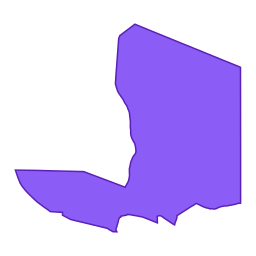 General San Martín, La Rioja, Argentina
{"feature_id": "61730980B53159304456053", "entity_name": "General San Martín", "entity_type": "district", "adm_level": 2, "iso_a3": "ARG", "parent_name": "Argentina", "parent_adm1": "La Rioja", "projection": "natural_earth1", "projection_center": [-66.186, -31.6], "detail": "fine", "context": "isolated", "style": "filled", "palette": "violet", "viewbox_px": 256, "rotation_deg": 0, "n_neighbors": 0, "source": "geoboundaries", "source_scale": "gbopen_adm2", "svg_char_len": 3710}
<svg xmlns="http://www.w3.org/2000/svg" viewBox="0 0 256 256"><path d="M134.9,24.2L119.8,35.6L118.7,38.6L116.1,73.2L115.4,83.8L115.7,84.9L116.0,85.9L116.3,87.0L116.6,88.0L117.0,89.1L117.3,90.2L117.7,91.2L118.2,92.2L118.7,93.1L119.4,94.1L120.0,95.0L120.6,95.9L121.2,96.8L121.9,97.7L122.5,98.6L123.1,99.5L123.6,100.5L124.1,101.5L124.6,102.5L125.1,103.4L125.8,104.3L126.4,105.2L126.9,106.2L127.4,107.2L127.7,108.2L128.1,109.3L128.5,110.3L129.0,111.3L129.3,112.4L129.5,113.5L129.6,114.6L129.7,115.7L129.8,116.8L130.0,117.9L130.1,119.0L130.2,120.1L130.4,121.2L130.4,122.3L130.4,123.5L130.4,124.6L130.3,125.7L130.3,126.8L130.4,127.9L130.5,129.0L130.7,130.1L130.7,131.2L130.6,132.4L130.7,133.5L130.8,134.6L131.0,135.7L131.3,136.7L131.7,137.8L132.1,138.8L132.6,139.8L133.1,140.8L133.6,141.8L134.3,142.7L134.7,143.7L135.0,144.7L135.3,145.8L135.5,146.9L135.6,148.0L135.8,149.1L135.9,150.2L135.9,151.4L135.8,152.5L135.4,153.4L134.8,154.4L134.1,155.2L133.4,156.1L132.9,157.1L132.4,158.1L132.0,159.1L131.6,160.1L131.1,161.1L130.8,162.2L130.5,163.3L130.3,164.4L130.1,165.5L129.9,166.5L129.6,167.6L129.4,168.7L129.3,169.8L129.4,171.0L129.4,172.1L129.4,173.2L129.5,174.3L129.5,175.4L129.4,176.5L129.2,177.6L129.0,178.7L128.7,179.8L128.4,180.9L128.1,181.9L127.5,182.9L127.0,183.8L126.4,184.8L125.9,185.8L125.1,187.2L83.7,171.6L54.7,170.9L43.9,170.6L36.1,170.4L15.4,170.1L18.0,177.8L19.9,182.4L20.2,183.2L20.3,183.2L20.7,184.0L20.9,184.3L22.1,186.2L22.5,186.8L25.6,190.6L27.5,192.7L32.5,197.6L34.7,199.7L35.7,200.6L37.3,202.1L37.9,202.5L39.6,203.8L41.8,205.4L42.5,206.0L48.2,210.0L50.3,211.6L62.5,212.4L62.5,215.2L70.7,219.5L75.6,220.7L88.2,223.7L107.5,228.4L109.4,229.8L109.6,229.8L112.9,231.7L115.5,231.8L116.9,231.8L116.1,230.3L115.8,229.9L118.4,221.1L118.4,220.5L118.6,219.9L118.7,219.5L119.0,218.9L119.4,217.7L120.7,217.2L120.6,216.3L122.0,216.0L126.7,215.1L127.6,214.4L127.9,214.5L128.2,214.6L128.6,214.7L129.0,214.5L131.1,214.9L138.0,216.1L142.8,217.1L148.2,219.2L157.4,222.9L157.4,221.7L157.3,218.8L157.2,216.3L157.7,216.2L158.2,216.0L158.5,215.9L158.9,215.8L159.3,215.7L159.8,215.7L160.3,215.8L160.8,215.9L161.2,216.1L162.0,216.4L162.1,216.5L162.4,216.8L162.5,216.9L162.8,217.2L163.0,217.3L163.3,217.5L163.5,217.7L163.7,217.8L164.0,218.0L164.4,218.3L164.8,218.5L165.2,218.8L165.5,219.1L165.9,219.3L166.3,219.6L168.2,220.8L169.6,221.7L169.7,221.8L169.8,221.9L170.0,222.1L170.3,222.3L170.5,222.4L170.7,222.5L170.9,222.7L171.1,222.8L171.3,222.9L171.5,223.1L171.8,223.2L172.0,223.4L172.3,223.6L172.6,223.8L172.9,224.0L173.2,224.1L173.5,224.3L174.0,224.6L174.6,224.9L174.8,224.2L175.0,223.1L175.2,222.3L175.3,222.1L175.5,221.8L175.6,221.7L175.7,221.3L175.8,221.1L176.0,220.6L176.1,220.1L176.3,219.7L176.4,219.2L176.5,219.0L176.7,218.5L176.8,218.0L176.9,217.5L177.0,217.1L177.0,216.9L176.7,216.3L176.8,215.8L186.1,209.8L187.9,208.7L190.4,207.0L192.0,206.1L193.4,205.3L194.6,204.6L195.6,203.7L196.0,203.4L199.2,204.7L202.0,206.2L204.1,207.1L205.2,207.4L206.9,208.1L207.9,208.0L209.6,208.8L209.9,208.9L211.6,208.7L212.3,208.9L212.6,208.9L214.2,209.0L215.5,208.9L215.9,208.8L217.9,207.8L218.3,207.7L218.8,207.4L220.1,206.9L220.6,206.8L221.2,206.7L222.0,206.4L222.9,206.3L223.7,206.1L224.6,206.0L225.6,205.9L226.1,205.9L226.9,205.9L227.6,205.8L228.2,205.7L228.9,205.5L230.5,205.2L232.5,204.8L232.9,204.8L233.1,204.7L233.5,204.6L234.0,204.5L234.9,204.3L235.5,204.2L235.9,204.1L236.2,204.0L236.7,203.8L237.2,203.7L237.6,203.5L237.9,203.4L238.2,203.3L238.4,203.2L238.5,203.2L238.8,203.2L239.1,203.3L239.5,203.3L239.9,203.3L240.2,203.3L240.4,203.3L240.5,203.3L240.6,203.1L240.6,165.3L240.6,164.1L240.5,67.3L238.4,66.4L223.3,60.3L204.7,52.7L178.1,41.9L149.4,30.2L134.9,24.2Z" fill="#8b5cf6" stroke="#5b21b6" stroke-width="1.5"/></svg>